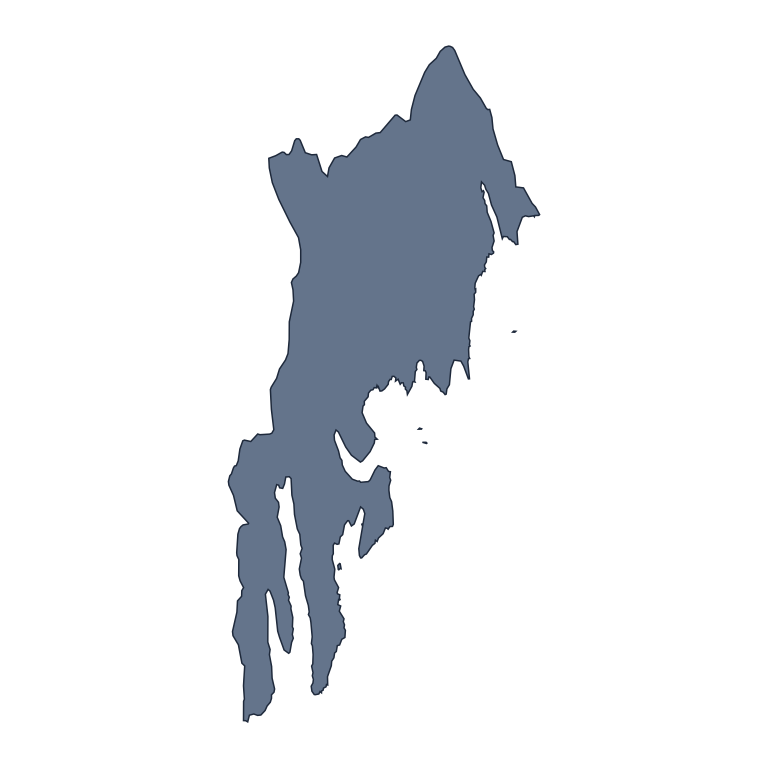 outline of Árneshreppur, Vestfirðir, Iceland, rotated 90°
{"feature_id": "244011B92022671609099", "entity_name": "Árneshreppur", "entity_type": "district", "adm_level": 2, "iso_a3": "ISL", "parent_name": "Iceland", "parent_adm1": "Vestfirðir", "projection": "equal_earth", "projection_center": [-21.632, 66.077], "detail": "fine", "context": "isolated", "style": "filled", "palette": "slate", "viewbox_px": 768, "rotation_deg": 90, "n_neighbors": 0, "source": "geoboundaries", "source_scale": "gbopen_adm2", "svg_char_len": 6160}
<svg xmlns="http://www.w3.org/2000/svg" viewBox="0 0 768 768"><g transform="rotate(90 384 384)"><path d="M50.6,313.2L47.5,315.4L46.4,317.7L46.1,319.3L47.1,323.0L51.4,327.8L58.3,331.7L64.6,338.6L72.3,343.3L95.5,353.0L109.5,356.6L119.9,357.7L121.6,362.3L115.0,371.0L115.2,372.9L132.6,387.8L133.1,392.1L137.4,399.5L136.9,402.5L139.5,407.5L147.0,411.9L157.0,421.1L155.5,426.3L158.0,433.4L167.9,439.0L176.5,440.5L171.5,446.0L154.5,451.4L154.8,456.4L152.7,462.7L140.3,467.8L138.8,469.2L138.8,471.7L140.7,473.3L150.9,476.4L154.5,479.0L154.6,481.6L152.4,483.9L152.1,485.8L155.7,492.3L158.3,499.2L168.0,498.7L182.6,495.7L199.4,489.2L222.0,478.1L237.6,469.5L249.8,467.3L262.4,467.3L272.7,469.4L276.1,471.7L278.9,475.0L282.5,476.6L289.8,475.0L301.1,474.4L321.8,478.7L339.6,478.8L353.6,480.0L360.0,482.5L369.0,488.5L378.4,491.4L387.2,496.8L389.6,497.6L409.3,496.6L429.7,494.2L433.2,496.2L434.1,498.4L434.7,508.1L434.0,510.3L441.5,517.2L440.1,523.6L440.8,525.2L449.0,528.1L460.9,529.8L465.6,531.7L466.1,533.5L468.0,534.6L474.0,536.6L475.8,538.2L481.5,539.6L485.2,539.1L495.4,534.5L510.8,530.8L523.2,519.4L524.0,519.8L524.9,524.9L526.6,527.0L528.6,528.5L534.1,530.1L552.7,531.3L555.6,531.0L559.5,529.2L575.8,529.3L580.9,527.9L587.6,524.4L590.6,526.2L596.3,526.4L600.9,530.5L612.2,531.1L631.5,535.5L635.7,535.0L644.8,529.6L663.2,526.1L665.9,523.3L685.8,524.5L699.2,523.6L701.2,524.4L720.6,524.5L720.7,522.3L721.9,520.3L715.2,518.6L714.0,514.2L715.4,510.4L715.0,507.1L710.5,502.9L706.0,500.9L702.2,497.7L698.3,496.5L694.8,496.5L692.2,494.0L689.0,493.4L678.2,495.9L666.4,496.4L654.6,498.6L649.5,497.9L642.1,500.2L616.5,500.1L594.2,502.6L589.4,499.9L591.1,498.0L600.1,494.5L607.8,492.8L631.2,490.3L637.2,488.5L650.0,483.9L653.3,479.3L652.2,478.1L642.4,476.4L638.2,474.7L634.5,475.7L628.8,474.7L626.9,475.6L617.5,475.2L608.8,477.1L606.1,476.9L600.2,479.5L597.2,478.7L594.5,480.0L592.9,479.6L577.3,484.2L549.6,481.9L541.8,483.3L536.9,485.4L525.7,487.3L517.2,490.8L507.0,488.9L502.3,489.5L498.2,492.7L492.6,493.5L484.6,491.3L485.2,489.3L487.8,488.4L488.4,485.3L484.0,483.5L477.0,482.2L476.7,478.7L478.6,476.9L495.2,476.1L504.0,474.1L514.5,473.5L528.9,470.7L534.3,468.2L544.9,467.2L548.4,465.9L553.8,467.8L558.1,466.5L569.0,468.7L575.1,467.8L578.7,466.6L581.2,464.6L595.8,462.5L605.3,459.7L612.0,458.8L614.6,459.6L617.8,457.8L622.3,457.1L636.8,455.8L643.6,456.6L645.8,455.6L654.6,454.9L663.9,455.2L666.1,456.4L672.7,455.0L675.8,455.7L679.4,454.6L683.1,455.1L686.2,456.8L691.2,456.1L694.5,453.8L694.7,452.8L694.0,449.2L691.6,448.0L692.8,446.5L690.9,446.4L690.2,444.9L688.1,444.5L686.8,442.0L684.5,441.5L685.0,440.3L676.7,440.5L665.8,436.7L661.2,436.3L657.8,434.1L653.0,433.4L651.5,431.7L645.6,430.7L645.0,428.4L639.3,426.2L637.5,423.1L630.3,422.6L627.8,424.0L624.8,423.5L621.7,424.7L618.8,424.0L611.2,428.7L606.0,427.3L604.6,430.2L599.6,429.4L600.0,428.3L599.4,427.9L598.4,428.6L594.8,428.2L593.8,430.5L592.5,430.9L587.6,429.4L579.8,433.6L577.1,434.0L569.2,433.2L559.5,435.8L555.8,435.7L553.8,434.7L545.3,434.8L543.1,433.5L544.3,430.9L543.9,429.1L536.9,427.7L534.6,425.3L524.9,423.5L520.7,420.4L520.7,419.3L526.0,416.6L524.0,413.8L506.9,407.4L509.2,404.7L513.6,403.2L525.0,405.2L523.6,406.4L526.5,405.4L548.7,409.2L555.5,408.6L557.9,407.4L557.9,406.3L554.7,403.4L554.0,401.6L545.3,395.6L543.4,393.1L540.2,392.6L541.5,390.9L538.0,389.5L533.7,384.9L528.0,382.6L528.3,380.8L529.2,379.9L526.6,378.1L526.4,375.5L524.4,374.7L511.0,375.2L501.7,376.4L497.6,378.2L490.2,379.1L485.9,379.0L480.2,377.3L477.6,378.3L471.7,377.6L471.4,379.5L467.7,381.8L468.0,383.8L465.7,389.8L470.0,393.0L479.8,397.8L481.6,399.6L482.3,407.4L481.0,408.5L481.2,410.3L479.2,415.7L471.3,422.8L465.0,425.7L460.4,426.1L457.8,427.9L450.9,429.5L440.3,433.5L435.0,433.9L430.0,432.0L432.0,429.6L447.0,422.3L455.2,416.6L462.1,407.6L460.8,405.4L451.6,397.9L443.0,393.7L439.4,393.3L439.2,390.8L437.0,393.1L433.0,393.4L423.1,401.5L412.7,405.9L406.1,405.0L404.7,403.6L401.3,403.7L396.8,399.9L393.0,399.5L390.2,397.2L389.7,395.0L387.6,393.8L387.9,391.7L385.4,391.0L387.5,390.0L386.8,389.6L391.1,388.0L390.9,386.1L388.9,383.4L384.3,379.8L381.7,379.5L379.4,378.0L379.5,376.8L376.4,375.8L376.3,374.0L378.0,372.1L381.1,372.5L379.2,369.9L384.3,367.8L382.7,366.4L382.9,364.7L385.9,364.2L387.2,362.5L389.0,362.7L390.7,361.1L394.5,360.6L386.3,356.1L382.2,355.4L381.6,354.9L382.0,353.0L381.0,353.5L371.5,352.7L369.5,351.1L367.4,351.7L363.1,351.1L360.4,348.7L360.3,347.2L361.4,345.4L366.1,343.9L370.6,344.2L370.7,342.8L372.6,341.9L379.2,342.2L379.5,339.8L376.9,339.1L377.0,338.2L383.4,333.7L388.4,328.1L391.0,327.3L392.2,324.8L394.6,322.9L394.1,321.8L388.9,321.1L384.7,318.6L368.7,317.1L360.1,313.9L361.1,307.1L366.2,304.3L378.9,299.6L378.8,298.5L361.8,300.2L358.7,299.5L358.5,298.3L356.7,299.1L349.5,299.4L346.8,299.1L346.0,297.9L344.9,298.6L340.7,298.1L338.1,299.2L321.9,297.5L321.3,296.4L318.4,296.5L314.8,294.8L311.3,294.8L309.2,293.7L306.8,294.4L299.7,293.5L294.2,293.9L292.3,292.3L289.1,292.3L289.5,292.8L287.9,293.2L283.2,292.8L275.8,289.4L274.5,287.3L275.3,286.7L271.4,285.3L271.5,283.0L269.6,283.3L268.6,282.3L267.3,283.3L264.9,283.5L261.9,281.7L257.0,281.2L257.1,279.3L253.8,279.0L254.5,276.6L253.1,274.5L251.9,274.3L250.5,275.6L247.5,276.0L241.0,273.9L235.4,274.9L232.9,273.9L221.5,277.0L212.3,280.8L205.8,281.3L203.6,283.0L200.5,283.3L197.7,285.0L192.2,283.9L190.7,284.6L191.7,285.9L187.9,287.2L181.9,286.5L185.2,283.4L189.1,282.2L193.4,279.6L205.0,276.5L217.0,271.1L238.7,265.7L236.5,264.6L236.7,260.7L239.5,258.6L239.4,257.5L241.6,255.5L241.7,254.3L244.6,252.2L244.2,250.1L231.6,251.0L217.3,245.7L215.8,242.6L216.6,239.4L215.8,234.4L216.8,233.6L215.5,233.2L215.4,229.3L214.6,228.4L207.0,232.5L203.4,235.9L187.9,244.5L186.9,252.2L175.6,253.1L161.7,256.7L159.5,264.5L144.9,270.4L128.9,275.0L117.5,276.1L109.4,278.3L109.6,280.2L108.4,281.7L98.0,287.6L89.3,294.8L74.6,303.1L50.6,313.2ZM568.8,426.9L563.8,427.8L563.5,428.4L565.4,430.2L569.5,429.7L569.8,429.2L568.5,427.9L568.8,426.9ZM442.3,345.6L443.5,341.5L443.1,341.1L442.3,341.9L442.3,345.6ZM332.1,255.3L332.2,253.2L331.3,252.2L331.1,254.3L332.1,255.3ZM429.2,349.5L429.1,346.5L428.8,346.3L428.1,348.5L429.2,349.5Z" fill="#64748b" stroke="#1e293b" stroke-width="1.5"/></g></svg>